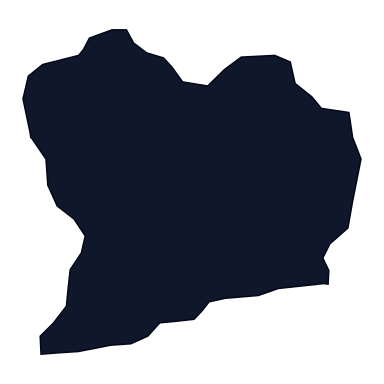 Sävsjö, Jönköping, Sweden (Natural Earth projection)
{"feature_id": "70781695B29308499168486", "entity_name": "Sävsjö", "entity_type": "district", "adm_level": 2, "iso_a3": "SWE", "parent_name": "Sweden", "parent_adm1": "Jönköping", "projection": "natural_earth1", "projection_center": [14.593, 57.347], "detail": "fine", "context": "isolated", "style": "filled", "palette": "ink", "viewbox_px": 384, "rotation_deg": 0, "n_neighbors": 0, "source": "geoboundaries", "source_scale": "gbopen_adm2", "svg_char_len": 843}
<svg xmlns="http://www.w3.org/2000/svg" viewBox="0 0 384 384"><path d="M108.0,345.7L110.6,345.2L130.7,343.8L147.8,336.1L159.8,322.8L174.9,321.4L194.0,319.3L202.0,310.9L209.1,301.8L225.1,298.3L258.3,295.5L278.3,288.5L323.5,283.6L328.1,284.1L328.8,270.5L322.8,258.0L329.9,243.8L347.9,228.0L352.6,201.4L361.0,159.0L352.6,137.4L349.2,114.3L348.9,112.5L321.4,108.4L311.8,96.8L295.1,83.5L290.3,62.0L274.7,55.4L241.2,57.1L224.5,69.5L207.7,86.0L182.6,81.9L171.9,67.0L163.5,57.9L146.7,52.9L133.6,43.0L126.4,29.8L112.1,29.8L97.2,35.2L89.4,38.1L83.4,49.6L78.6,55.4L42.7,64.5L28.3,76.1L23.0,98.9L30.2,133.2L30.7,137.3L31.0,137.2L46.0,159.2L47.8,185.2L57.2,206.0L74.0,219.0L85.2,235.9L81.4,252.8L70.2,269.7L68.3,286.7L66.4,306.2L53.3,323.2L40.2,336.2L41.0,354.2L57.4,352.9L78.5,351.5L108.0,345.7Z" fill="#0f172a" stroke="#020617" stroke-width="1.5"/></svg>